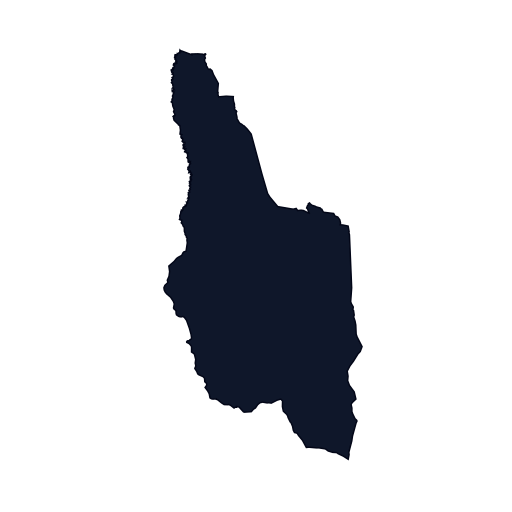 the district of Agapia, Neamt, Romania, rotated 262°
{"feature_id": "2599482B12008574205050", "entity_name": "Agapia", "entity_type": "district", "adm_level": 2, "iso_a3": "ROU", "parent_name": "Romania", "parent_adm1": "Neamt", "projection": "robinson", "projection_center": [26.288, 47.161], "detail": "fine", "context": "isolated", "style": "filled", "palette": "ink", "viewbox_px": 512, "rotation_deg": 262, "n_neighbors": 0, "source": "geoboundaries", "source_scale": "gbopen_adm2", "svg_char_len": 6108}
<svg xmlns="http://www.w3.org/2000/svg" viewBox="0 0 512 512"><g transform="rotate(262 256 256)"><path d="M100.4,335.0L107.8,334.3L114.8,330.5L119.8,329.4L124.2,330.4L129.3,330.3L134.2,333.8L138.2,337.8L144.8,343.3L146.9,345.9L151.5,348.4L161.9,344.8L164.7,344.3L173.8,345.2L177.8,345.0L182.1,344.2L183.8,345.0L188.5,345.0L189.9,344.2L190.7,344.9L192.0,345.2L195.5,343.8L197.6,343.4L211.2,346.3L264.1,351.5L266.3,351.2L267.0,351.6L272.8,351.4L274.6,346.4L275.2,343.7L276.8,344.3L280.2,344.0L283.2,342.4L284.6,339.8L287.3,338.8L289.9,329.1L290.5,328.6L293.1,327.7L293.5,327.0L294.6,326.3L296.3,322.4L297.1,321.4L298.5,318.4L300.3,316.8L301.1,316.4L300.5,315.1L299.2,315.1L299.0,314.2L296.5,312.8L295.4,313.6L291.8,314.4L290.4,315.1L294.4,309.4L295.1,307.0L295.2,303.6L297.5,302.4L297.2,299.9L297.5,298.3L301.9,284.4L312.4,277.9L316.2,276.2L336.2,273.3L377.4,268.2L382.9,265.0L386.5,262.3L386.6,261.8L388.5,260.1L389.9,258.2L394.8,256.2L396.0,256.5L400.7,256.1L401.6,257.0L402.6,256.6L403.5,255.6L404.8,255.2L406.1,255.7L406.9,255.4L409.4,255.8L412.5,255.3L415.8,255.4L417.0,255.7L418.4,248.8L418.8,241.1L421.4,240.8L423.2,241.2L423.3,240.7L432.1,242.7L441.6,239.1L445.7,238.2L447.6,236.5L447.3,235.4L447.8,234.7L450.6,233.7L451.4,233.2L453.1,233.5L455.3,232.4L457.6,232.3L459.1,233.4L461.0,233.0L461.8,233.3L462.8,234.3L463.2,234.1L463.2,233.4L462.7,232.2L463.3,231.2L464.3,226.5L465.0,220.4L464.2,220.4L469.3,211.1L468.9,210.8L470.1,209.7L469.2,209.4L469.8,209.2L467.9,208.7L468.0,208.1L467.3,206.9L467.5,206.2L466.2,205.9L466.6,203.9L465.7,203.6L465.1,204.3L464.7,203.8L464.9,203.5L464.1,203.0L463.8,203.0L464.0,203.8L463.6,204.0L462.0,203.2L461.1,204.1L460.2,203.7L460.1,204.1L460.4,204.4L459.8,204.7L459.3,204.7L458.4,204.2L457.8,204.4L457.6,203.8L458.3,203.6L458.1,203.1L458.4,203.0L457.7,202.6L458.2,202.0L457.8,201.3L456.7,201.4L456.8,200.8L456.6,200.7L455.5,201.8L454.6,201.4L454.3,200.5L453.8,200.8L452.1,200.2L451.9,199.9L453.0,199.4L452.3,199.0L452.0,197.9L449.7,198.2L449.8,198.7L449.3,199.3L448.4,199.2L447.8,198.3L447.3,199.2L445.5,199.4L444.4,198.5L444.6,198.1L444.3,197.7L443.7,198.2L442.7,198.3L442.4,197.0L441.4,196.9L440.0,197.3L439.4,196.4L437.7,197.6L436.9,197.3L436.0,197.6L434.4,197.4L433.9,196.7L433.6,197.7L433.0,197.8L432.7,197.4L432.0,198.0L432.0,197.1L431.3,196.6L431.7,196.0L430.7,196.0L430.9,196.7L430.2,196.7L429.8,197.7L429.1,197.0L428.7,197.2L428.0,196.9L427.8,196.4L427.0,196.5L426.4,195.7L425.9,195.5L424.9,196.0L422.8,194.6L422.1,195.0L420.4,193.5L419.5,194.5L416.1,194.5L412.5,195.4L411.5,195.0L411.1,195.2L410.7,194.5L410.2,194.5L408.0,195.3L406.3,195.3L406.4,194.3L405.7,193.3L405.1,193.8L404.2,193.5L401.8,193.8L397.2,197.4L396.6,197.5L395.8,198.7L391.1,198.7L387.3,197.7L386.5,199.4L385.6,198.5L384.1,198.2L383.0,198.6L383.3,199.1L382.8,199.7L380.7,199.5L380.0,198.8L378.2,200.1L378.6,201.4L378.1,201.6L377.3,201.4L376.4,200.7L376.6,199.6L376.2,199.2L375.7,199.2L375.6,199.8L373.1,199.0L373.6,200.3L372.4,199.5L371.7,199.8L372.0,200.6L371.9,201.2L371.4,200.7L369.9,200.9L369.5,199.9L369.1,199.8L368.7,200.7L369.3,201.3L367.8,201.5L367.4,202.9L366.5,202.3L364.0,202.3L363.1,201.3L361.5,202.2L358.6,201.9L358.4,202.1L359.5,202.5L359.4,203.0L358.2,202.9L358.6,204.2L356.9,203.8L356.0,204.4L356.7,203.4L355.1,202.5L353.3,202.4L353.1,202.2L353.6,201.3L352.9,200.8L352.1,201.0L351.5,200.5L349.4,201.7L347.8,201.0L347.8,201.8L348.8,202.8L347.3,203.0L347.0,203.5L345.9,202.6L345.3,203.3L345.5,203.8L345.1,204.0L343.4,202.7L344.0,202.4L343.7,202.0L342.9,201.9L343.2,202.3L342.8,202.4L342.4,202.4L342.4,201.7L342.1,201.7L341.4,202.5L340.8,201.7L340.3,201.9L340.2,202.5L339.4,201.8L338.8,201.6L339.3,200.6L338.9,200.3L338.0,200.8L337.4,200.3L336.6,201.2L336.2,201.3L335.6,201.1L335.8,200.5L335.2,199.8L334.5,199.8L333.3,200.8L332.2,199.8L330.9,200.2L330.4,198.7L328.6,199.3L328.2,197.8L326.8,197.8L326.0,197.4L324.5,197.8L323.4,197.0L323.6,197.5L323.0,197.9L322.2,197.1L320.8,196.9L321.0,196.5L319.0,195.5L319.0,194.8L318.5,195.2L317.8,194.8L317.7,195.3L316.4,193.8L315.8,194.1L315.3,193.8L315.0,193.5L315.8,192.8L314.8,192.5L314.8,191.5L314.3,190.7L313.7,190.2L312.1,190.1L311.4,189.6L311.6,189.2L311.3,189.0L311.9,188.7L311.8,188.4L311.1,188.4L310.3,187.7L308.8,187.4L306.4,186.1L303.8,186.0L302.9,185.3L302.3,186.0L301.8,187.4L299.5,187.1L299.2,186.6L297.8,187.6L295.3,188.2L294.4,189.0L290.4,188.5L288.1,189.0L287.1,188.8L285.7,189.7L284.2,189.7L283.0,190.4L281.5,189.8L278.6,189.8L270.5,187.4L270.1,185.1L269.5,184.3L266.9,182.5L265.6,178.9L264.6,177.0L262.0,174.2L258.2,168.3L252.6,168.3L247.9,167.0L244.4,164.8L242.0,165.1L239.6,161.7L237.4,160.4L235.1,160.4L232.9,161.1L230.8,162.4L227.1,165.7L222.5,167.9L219.9,168.4L216.0,167.1L215.0,167.4L213.1,169.1L210.0,168.9L208.8,169.1L207.0,171.0L206.4,172.3L206.1,173.6L206.3,175.0L206.1,175.4L205.2,176.5L201.9,178.3L193.6,180.0L187.2,180.8L184.0,180.8L182.7,180.3L182.3,179.0L181.4,178.0L181.5,176.2L180.7,175.4L180.1,175.4L178.5,177.7L176.1,179.3L174.6,179.5L169.9,178.8L167.9,181.0L166.9,181.4L161.9,181.9L158.4,180.9L156.0,181.1L154.4,180.6L153.4,179.8L152.8,179.9L149.9,181.3L147.4,181.9L146.4,182.8L143.9,186.8L142.7,187.7L141.7,188.0L138.8,187.8L138.1,188.1L137.2,189.1L135.5,189.3L134.9,189.2L132.9,187.3L129.1,189.4L126.1,190.5L121.9,190.7L120.8,192.0L120.3,193.5L120.1,196.7L119.7,196.6L119.1,197.9L115.3,201.5L113.3,203.8L112.6,207.8L112.9,208.3L111.4,210.3L108.5,213.1L109.1,214.3L108.9,215.8L109.7,216.1L108.8,218.2L103.4,221.9L103.0,222.7L102.5,229.7L104.6,232.1L105.6,234.3L108.5,236.9L110.1,239.4L110.4,242.1L109.0,246.5L108.9,248.3L108.2,250.7L110.3,256.8L110.8,260.1L110.6,260.9L108.7,262.1L103.2,261.2L98.5,261.5L94.9,264.4L93.2,265.1L91.5,265.3L86.9,266.8L86.4,267.4L82.3,268.5L78.3,268.7L76.0,269.5L75.5,270.1L75.4,271.1L74.5,272.2L72.2,273.2L67.0,276.4L59.4,279.2L59.3,281.8L57.7,288.7L57.3,291.5L55.3,297.9L52.9,300.3L50.9,304.6L50.2,308.0L49.7,309.1L48.9,309.7L45.6,314.7L41.9,319.0L46.3,320.5L48.7,320.6L59.5,325.1L64.3,326.5L76.6,331.8L78.5,333.0L79.4,332.8L81.1,331.4L86.1,329.8L88.6,329.3L92.1,329.8L95.8,329.5L97.4,330.8L100.4,335.0Z" fill="#0f172a" stroke="#020617" stroke-width="1.5"/></g></svg>